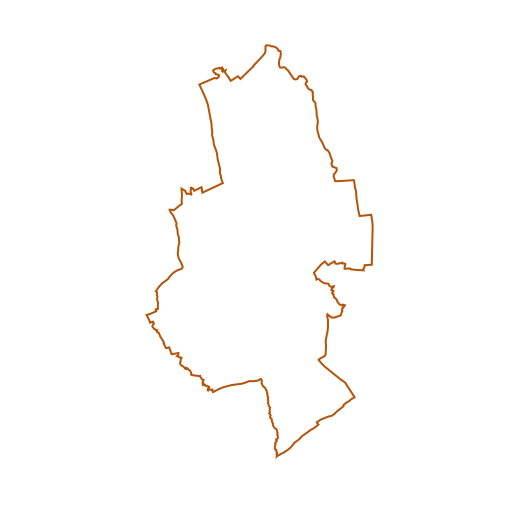 the district of Lelesti, Gorj, Romania, rotated 342°
{"feature_id": "2599482B29028980052546", "entity_name": "Lelesti", "entity_type": "district", "adm_level": 2, "iso_a3": "ROU", "parent_name": "Romania", "parent_adm1": "Gorj", "projection": "orthographic", "projection_center": [23.201, 45.094], "detail": "fine", "context": "isolated", "style": "outline", "palette": "amber", "viewbox_px": 512, "rotation_deg": 342, "n_neighbors": 0, "source": "geoboundaries", "source_scale": "gbopen_adm2", "svg_char_len": 6095}
<svg xmlns="http://www.w3.org/2000/svg" viewBox="0 0 512 512"><g transform="rotate(342 256 256)"><path d="M263.3,435.6L262.5,433.7L262.5,432.9L267.2,431.6L274.4,431.1L279.0,431.3L282.4,430.2L284.7,428.9L292.6,426.0L292.9,425.8L293.1,424.9L293.4,424.6L297.5,423.2L300.2,422.7L301.8,421.8L306.1,420.8L301.6,403.8L297.9,398.9L287.1,382.3L285.0,378.1L283.5,374.1L284.6,373.5L289.8,372.5L291.1,371.9L291.7,371.3L294.9,363.0L295.8,358.9L298.1,354.4L301.0,349.3L302.8,345.0L304.6,339.3L305.3,334.4L306.0,333.5L308.1,337.0L310.0,338.4L311.9,338.8L317.7,338.7L318.6,338.4L319.4,336.9L321.0,335.2L321.1,334.6L321.0,333.9L321.7,333.1L322.1,332.2L322.6,331.7L323.2,332.1L324.0,331.1L325.4,330.4L325.3,330.1L323.8,330.3L323.9,329.5L323.3,328.9L322.2,329.1L320.3,327.7L319.3,324.5L319.3,322.6L318.1,320.1L317.5,319.5L317.7,318.5L317.5,316.9L317.9,316.4L317.3,315.8L316.9,314.6L318.9,313.3L318.7,312.7L317.2,311.8L317.1,311.4L318.1,310.4L320.4,309.4L320.7,308.8L318.5,308.7L317.1,307.9L316.3,306.1L316.4,305.2L316.2,304.6L312.5,303.0L309.7,299.8L309.2,298.3L307.9,296.9L306.2,297.1L306.6,293.7L305.9,290.7L306.0,289.8L314.2,284.8L316.7,283.6L319.8,282.5L321.8,287.0L329.0,285.3L329.2,287.7L329.9,288.2L331.6,288.7L336.1,289.0L336.1,290.0L338.0,290.5L338.5,291.4L336.8,294.0L336.3,295.5L341.2,296.8L341.7,297.0L341.8,297.7L342.4,298.1L348.3,300.8L351.6,301.9L353.9,303.0L354.3,301.2L355.7,300.1L356.5,298.3L363.4,300.1L376.3,263.3L377.3,259.0L378.3,252.4L366.9,250.0L367.5,243.3L368.4,238.5L369.2,233.2L370.3,228.3L371.1,225.8L371.3,221.5L372.2,216.9L372.5,214.1L360.2,211.0L354.8,209.5L354.3,209.0L354.6,206.1L354.4,204.4L355.2,202.5L356.5,201.9L359.2,199.7L359.8,197.4L359.7,197.1L358.0,196.1L356.2,194.4L356.5,193.6L356.2,191.4L357.7,189.9L358.1,189.0L357.7,186.0L357.7,180.4L356.7,177.4L355.5,176.4L354.9,175.2L354.6,173.8L354.1,168.4L352.8,163.2L353.1,156.8L353.4,154.3L354.1,152.0L356.3,147.6L357.0,143.5L357.2,140.9L358.2,137.5L358.8,134.4L358.8,132.5L359.8,128.8L358.4,125.3L359.5,121.6L359.8,119.9L360.8,117.9L360.2,117.0L360.3,116.0L359.8,115.1L357.9,113.9L357.6,113.4L357.1,111.7L356.9,109.9L356.4,108.9L356.2,108.2L356.4,107.6L357.2,106.4L358.6,105.8L358.5,104.0L357.1,100.2L356.4,99.8L355.2,99.9L354.5,98.7L354.0,98.4L352.4,98.4L349.8,100.5L348.1,100.3L346.7,99.4L343.7,89.1L342.9,88.1L341.9,85.8L340.9,85.1L338.0,84.6L337.1,84.0L336.9,82.3L337.5,79.2L338.4,77.6L339.1,76.0L340.0,75.4L341.3,73.1L342.4,70.3L342.6,68.8L342.3,68.5L340.8,67.8L340.9,66.6L340.0,64.6L339.0,63.4L337.1,61.9L335.6,61.5L334.2,60.2L331.4,58.9L330.7,58.9L329.9,59.4L328.3,64.0L327.6,65.2L326.6,66.2L323.3,68.3L312.5,74.2L312.5,74.6L295.9,82.8L294.4,79.5L286.1,81.6L285.3,78.7L285.3,77.6L284.6,76.5L284.4,75.2L283.3,72.1L283.4,70.9L284.2,70.1L281.4,70.5L280.9,69.4L281.4,69.1L281.2,68.6L282.5,68.2L282.1,66.3L279.7,66.6L279.4,65.8L278.6,65.9L275.5,65.4L272.5,66.2L272.8,68.7L274.0,69.7L273.8,70.7L276.0,71.8L276.7,72.7L276.0,74.1L275.5,74.4L273.4,75.0L271.5,73.9L255.1,75.4L256.4,86.3L256.9,92.3L257.0,97.2L254.4,117.2L253.5,120.1L252.9,124.0L251.5,127.8L251.4,131.9L250.6,135.7L250.4,137.3L250.7,143.5L250.5,146.9L249.5,151.8L248.8,161.5L248.4,163.4L247.8,164.3L247.2,166.8L247.4,168.6L246.8,171.5L247.0,176.4L224.6,179.2L224.8,177.7L224.6,176.9L225.3,176.1L225.1,175.1L225.4,173.7L217.4,174.9L217.1,172.5L216.2,172.4L215.9,171.2L215.5,170.9L215.1,171.0L214.7,172.6L213.7,174.3L213.8,177.1L213.4,177.5L211.0,175.7L209.4,175.6L209.0,174.1L208.8,172.1L206.0,168.9L204.4,175.3L202.6,179.6L201.6,183.6L201.3,183.8L199.0,184.3L192.1,187.0L191.6,187.0L189.7,185.8L188.2,185.3L188.3,188.1L189.4,190.6L189.8,192.4L190.4,197.7L190.5,200.5L190.3,201.2L189.5,202.0L189.4,206.9L188.7,209.4L188.4,211.5L188.4,215.0L187.6,217.2L187.5,219.0L184.9,223.4L183.7,226.8L182.9,227.9L182.1,230.8L181.8,234.7L182.9,240.6L182.9,243.9L181.2,245.2L176.8,245.3L172.6,246.3L168.3,248.4L164.9,250.8L158.3,253.0L153.9,255.5L149.8,258.7L150.5,259.7L150.6,260.6L149.6,262.2L149.8,263.9L148.5,266.4L148.6,267.6L148.3,268.9L148.4,270.2L146.9,273.8L146.5,275.9L144.1,275.8L144.1,277.7L137.4,278.4L133.7,278.3L134.7,284.4L134.6,286.6L137.9,286.7L137.9,288.9L136.7,289.4L135.6,291.2L136.8,294.1L138.8,295.8L138.1,296.0L138.2,297.0L138.6,298.1L139.7,298.7L140.2,303.8L141.2,307.2L141.6,309.7L141.5,310.8L141.1,310.9L142.0,315.9L145.2,316.1L145.4,323.3L152.2,324.3L151.5,326.1L150.0,326.8L150.9,327.5L151.6,328.7L153.3,329.4L153.7,330.0L152.9,330.5L152.0,332.0L151.7,333.2L150.9,333.8L150.6,334.8L150.7,335.8L151.5,337.5L152.7,338.6L153.4,340.1L153.8,340.4L153.7,341.0L154.0,341.5L154.6,341.8L154.8,340.8L155.4,340.9L156.4,342.2L156.6,343.2L157.7,344.3L158.2,346.5L158.3,347.6L157.7,348.4L157.9,349.2L162.8,351.7L163.7,351.9L164.8,352.7L165.7,352.8L165.5,353.4L166.4,355.3L166.4,356.6L167.9,357.7L167.1,358.9L166.4,359.3L166.2,359.8L166.6,360.7L166.6,361.2L165.7,361.3L165.6,362.4L166.6,362.8L167.8,362.7L168.5,364.3L170.4,365.2L171.0,366.1L170.8,366.7L169.3,367.3L168.8,368.0L168.6,368.5L168.9,369.2L170.6,368.4L172.0,369.5L173.3,369.5L173.3,370.1L172.8,371.1L173.0,372.2L179.4,371.1L183.3,370.7L192.8,371.2L203.2,373.1L208.5,373.1L210.3,372.8L215.2,374.4L218.8,375.0L220.8,374.9L222.2,374.3L222.8,374.6L223.1,375.9L222.6,377.4L222.0,378.3L222.0,378.8L222.5,382.3L223.4,383.1L223.6,384.0L224.1,384.9L224.1,386.0L224.5,387.9L224.2,389.8L224.4,390.4L223.8,391.7L223.8,393.4L224.0,394.2L223.2,395.3L223.2,395.8L222.9,396.4L222.9,397.8L222.0,399.4L221.9,402.8L222.6,404.6L222.0,405.2L221.9,405.9L221.2,407.0L220.8,409.1L219.9,409.7L220.7,412.0L219.9,413.1L219.5,414.1L220.5,415.6L220.1,417.9L220.1,419.6L220.4,420.7L219.9,421.4L220.0,423.4L220.1,424.4L220.6,425.5L221.9,426.9L222.0,428.0L221.7,431.5L221.0,432.1L221.1,434.3L220.3,436.3L218.4,436.7L218.2,437.4L218.7,438.0L218.6,438.3L217.2,439.5L216.5,439.8L216.2,440.4L216.3,441.4L215.1,442.7L214.4,445.5L215.3,446.6L214.9,447.1L215.1,447.7L215.0,449.0L215.3,450.0L214.3,450.7L214.3,451.0L214.6,451.5L213.8,453.1L214.9,452.6L217.2,452.4L218.3,451.9L220.8,451.7L226.9,450.0L230.2,448.6L234.9,445.5L240.8,443.5L243.8,441.7L254.4,438.3L257.7,437.7L263.3,435.6Z" fill="none" stroke="#b45309" stroke-width="2"/></g></svg>